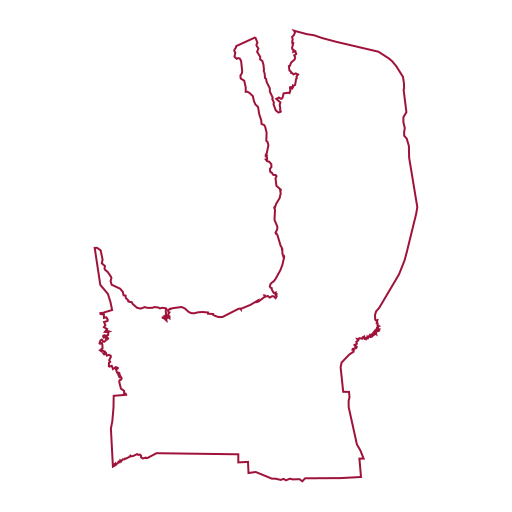 outline of Agusan del Norte, Agusan del Norte, Philippines
{"feature_id": "2640588B29392713909073", "entity_name": "Agusan del Norte", "entity_type": "district", "adm_level": 2, "iso_a3": "PHL", "parent_name": "Philippines", "parent_adm1": "Agusan del Norte", "projection": "orthographic", "projection_center": [125.42, 9.081], "detail": "fine", "context": "isolated", "style": "outline", "palette": "rose", "viewbox_px": 512, "rotation_deg": 0, "n_neighbors": 0, "source": "geoboundaries", "source_scale": "gbopen_adm2", "svg_char_len": 6024}
<svg xmlns="http://www.w3.org/2000/svg" viewBox="0 0 512 512"><path d="M406.4,112.2L403.6,89.5L404.1,88.6L404.0,83.8L403.0,76.9L396.2,66.1L392.1,61.2L388.8,58.4L378.4,51.7L336.2,41.8L322.3,38.1L314.2,35.3L306.7,34.1L294.0,30.7L295.1,32.1L293.9,35.1L292.1,36.9L292.7,39.5L292.1,41.9L293.2,42.9L292.6,43.6L293.1,44.0L292.0,47.9L292.5,49.4L293.6,49.8L293.3,51.9L295.3,51.2L296.2,54.0L294.2,55.4L295.2,57.4L294.6,59.5L291.1,62.6L289.9,65.8L288.9,66.1L289.4,70.4L291.0,71.8L291.3,73.1L292.4,73.2L293.5,74.4L295.7,73.4L298.1,74.5L296.5,76.4L296.8,78.2L296.1,79.0L295.1,84.9L293.7,85.8L293.0,85.5L292.9,87.5L292.1,88.5L291.1,87.0L290.0,87.3L290.3,90.9L289.5,93.1L288.3,92.7L283.6,93.4L282.6,97.6L281.7,98.6L281.1,98.9L278.9,97.5L276.3,98.9L280.4,102.4L279.7,105.0L280.3,108.2L280.0,109.8L280.8,111.2L280.5,111.9L278.4,112.5L275.8,110.4L273.5,104.2L273.9,102.5L272.3,99.0L272.7,97.6L269.9,91.7L269.8,88.3L266.7,82.2L266.1,78.9L265.0,77.9L264.6,73.3L263.7,70.7L264.0,69.6L263.4,64.4L262.3,60.9L260.2,59.5L260.2,56.8L257.1,51.8L258.4,48.5L256.6,45.8L256.5,44.3L257.4,42.8L255.6,38.0L254.8,37.6L236.2,46.1L236.0,47.5L234.3,49.9L234.3,50.9L235.3,52.5L234.5,56.7L236.6,58.8L238.2,58.1L239.7,58.5L241.1,60.9L242.2,71.2L241.9,73.2L240.4,75.6L240.7,78.5L244.2,80.7L245.7,87.3L245.7,91.8L246.9,91.6L249.1,92.6L252.9,96.2L253.9,101.0L255.4,104.4L258.1,107.1L259.1,113.7L261.3,120.6L261.5,123.9L264.2,125.1L265.1,126.6L266.6,132.6L266.3,140.9L267.6,142.0L268.4,145.4L266.6,153.9L266.0,154.3L266.7,155.3L265.8,155.5L265.6,156.2L267.0,157.4L267.1,159.3L265.8,159.5L267.1,161.2L269.2,161.7L271.3,164.1L271.4,167.1L270.0,168.7L270.1,171.2L270.6,172.3L271.5,172.3L273.3,174.9L275.5,175.0L276.3,175.7L276.5,176.4L275.5,178.2L276.4,185.8L280.8,189.7L280.6,190.8L280.2,190.5L280.7,193.4L279.6,198.1L276.0,204.1L274.9,207.7L274.4,207.3L274.2,207.7L275.0,209.9L274.5,219.9L277.4,226.8L277.2,229.5L275.5,232.6L276.2,234.4L276.2,232.9L277.5,235.3L280.6,245.7L281.8,247.7L281.9,249.2L282.3,249.2L282.4,253.3L283.1,255.9L283.4,256.7L284.0,256.2L284.2,256.9L282.4,264.8L280.3,270.3L275.6,278.8L274.1,280.9L270.7,283.6L269.8,286.4L270.6,287.7L271.7,288.1L271.8,289.6L273.7,292.9L275.8,292.5L275.7,293.5L276.5,294.0L275.5,294.8L276.7,296.1L275.6,298.1L273.7,296.4L272.1,296.2L269.8,297.6L267.9,296.0L265.7,296.6L264.8,295.4L264.3,295.4L265.0,296.6L258.4,301.6L257.3,301.9L257.8,300.5L250.4,304.9L240.9,308.8L240.9,309.3L240.4,308.6L238.5,308.8L222.5,317.0L219.0,317.1L216.4,316.4L213.4,315.1L213.1,314.0L208.0,313.7L208.0,312.5L202.6,312.0L198.1,312.3L194.2,313.3L191.0,313.1L188.5,311.8L184.9,308.5L181.6,307.0L172.5,308.2L170.2,309.2L170.0,308.8L168.0,310.3L168.5,312.3L169.4,312.5L168.2,314.5L168.2,316.2L168.6,315.7L169.5,316.4L169.5,318.2L168.5,317.4L166.8,318.1L166.7,317.2L165.5,316.9L166.3,317.8L166.5,320.6L164.3,318.5L162.7,317.9L162.7,317.4L164.4,317.0L165.1,315.6L166.2,315.6L165.7,310.8L166.4,309.0L165.9,308.3L162.4,307.8L159.9,308.4L158.4,307.5L154.6,307.1L152.3,307.8L147.4,307.9L144.8,307.1L140.7,308.6L137.1,307.8L132.8,304.1L131.7,302.1L129.4,301.9L128.2,301.2L128.4,300.5L125.8,298.0L125.6,295.6L123.6,295.3L122.8,291.8L120.1,288.7L111.6,284.7L110.6,281.0L111.4,278.2L111.1,277.0L107.9,272.2L105.0,269.7L104.5,268.5L105.0,266.1L101.8,263.3L102.6,259.7L100.6,250.3L97.0,247.8L94.7,247.9L100.3,284.9L107.9,293.9L110.5,302.2L112.1,310.0L103.9,312.5L102.8,313.3L101.4,312.8L100.3,313.2L100.6,314.1L103.9,314.5L104.0,317.9L106.3,317.3L107.8,319.9L107.5,321.0L104.0,322.0L105.4,325.1L103.9,327.2L107.1,329.0L104.9,331.9L106.7,332.0L107.6,331.0L109.2,331.5L107.8,332.0L108.3,333.1L108.1,335.0L106.0,335.7L104.2,335.2L103.1,336.1L103.7,337.6L107.1,337.2L108.1,338.4L107.5,339.4L106.0,339.4L105.6,340.7L104.3,341.7L103.3,341.6L101.8,339.6L100.5,340.4L99.5,343.2L100.1,343.8L101.8,343.0L102.4,344.8L102.5,348.3L100.0,350.3L101.4,351.3L102.7,350.6L105.0,351.7L105.1,353.2L103.3,353.3L104.2,354.4L106.0,353.2L106.8,355.6L108.7,354.9L110.6,355.6L110.9,356.8L109.2,360.2L110.2,361.9L109.0,362.8L108.8,366.1L109.4,366.6L111.7,365.8L113.0,369.1L115.7,367.1L117.8,367.9L117.8,368.5L116.0,369.4L116.5,371.2L117.4,373.0L118.6,372.6L119.4,373.2L119.6,374.3L118.3,374.2L118.3,374.7L119.4,377.1L120.5,376.3L121.7,378.5L120.6,380.0L119.6,380.2L119.2,381.7L120.9,388.6L124.1,390.8L124.1,393.1L125.7,393.7L126.1,394.8L113.7,395.8L113.5,407.6L112.3,421.4L110.9,428.5L112.9,466.6L115.2,465.3L114.6,464.2L115.4,463.4L115.9,464.7L118.1,462.8L118.5,461.7L119.6,462.3L120.2,460.4L121.2,461.4L122.7,459.3L124.4,459.3L125.1,458.5L125.8,458.7L129.2,457.0L130.3,455.8L130.6,456.4L133.1,456.0L137.2,454.1L138.3,454.9L140.1,454.6L141.1,455.8L141.0,457.2L142.7,458.5L145.7,457.6L146.2,458.2L147.6,457.9L156.5,453.2L238.3,454.3L238.3,462.4L248.0,461.9L248.5,473.0L255.7,472.0L272.0,478.7L275.5,478.7L280.7,479.9L283.6,478.9L286.0,480.3L289.9,478.7L292.7,479.4L299.5,479.2L302.3,481.3L305.1,478.3L340.3,478.1L361.0,477.0L359.4,458.6L363.6,458.6L360.4,450.5L356.9,444.4L348.7,407.2L348.6,400.9L349.5,397.1L349.0,391.9L343.2,391.8L340.6,367.2L341.6,362.5L349.3,354.5L353.6,351.7L353.8,349.9L352.5,349.8L352.7,348.9L355.7,348.3L355.4,347.0L356.2,347.8L356.6,347.4L356.7,346.7L354.6,345.0L356.9,343.7L356.3,341.8L358.1,340.5L357.2,339.0L358.6,339.3L359.4,338.1L362.1,338.7L362.6,337.3L364.2,336.5L364.5,338.9L365.8,339.2L365.8,338.0L366.9,338.3L367.3,336.9L368.0,338.0L369.0,336.2L370.4,337.1L371.4,336.8L370.4,334.8L371.8,334.9L372.4,336.0L373.2,335.3L372.2,334.3L374.4,333.6L373.8,335.0L374.9,334.2L375.1,333.0L376.2,334.0L375.9,332.1L373.7,332.3L375.3,330.2L375.9,330.2L375.4,330.9L376.1,331.4L376.5,329.9L377.3,330.9L378.0,329.7L378.6,330.9L379.1,330.6L379.4,329.3L378.4,329.4L378.1,328.4L376.8,328.3L377.1,327.5L378.0,327.2L377.8,326.3L378.9,326.0L377.5,325.0L377.6,323.4L376.7,323.2L377.4,320.1L375.9,320.4L375.2,319.6L375.0,315.0L376.1,311.4L379.3,307.7L399.0,274.4L404.5,260.5L406.7,252.4L416.2,213.7L417.3,207.1L409.1,157.5L408.9,146.0L406.7,138.6L404.2,135.7L404.1,132.1L404.8,128.1L403.4,122.2L403.4,117.2L406.4,112.2Z" fill="none" stroke="#9f1239" stroke-width="2"/></svg>